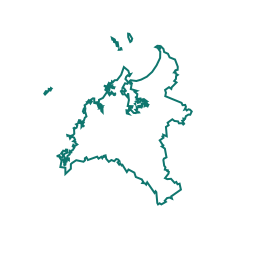 the district of Whangarei District, Northland, New Zealand, rotated 235°
{"feature_id": "76426892B88537535922351", "entity_name": "Whangarei District", "entity_type": "district", "adm_level": 2, "iso_a3": "NZL", "parent_name": "New Zealand", "parent_adm1": "Northland", "projection": "orthographic", "projection_center": [174.414, -35.694], "detail": "fine", "context": "isolated", "style": "outline", "palette": "teal", "viewbox_px": 256, "rotation_deg": 235, "n_neighbors": 0, "source": "geoboundaries", "source_scale": "gbopen_adm2", "svg_char_len": 5956}
<svg xmlns="http://www.w3.org/2000/svg" viewBox="0 0 256 256"><g transform="rotate(235 128 128)"><path d="M48.2,110.7L46.3,111.5L45.8,116.7L47.3,116.4L48.2,119.8L47.2,122.1L44.9,123.5L47.2,124.2L47.2,136.0L52.8,138.3L53.5,136.3L56.1,136.6L56.3,134.7L61.7,134.1L63.6,130.8L65.7,129.6L67.4,135.0L68.7,136.3L70.0,135.5L70.5,136.3L72.8,134.3L74.3,136.1L76.3,136.0L81.5,138.6L82.3,139.8L81.9,142.7L90.0,146.4L93.5,145.1L93.3,146.8L93.9,147.7L93.8,146.7L99.7,146.9L99.7,151.4L101.3,151.4L101.1,152.5L102.2,153.0L99.0,155.0L107.1,159.7L107.0,162.9L109.6,163.5L109.7,169.3L107.1,170.1L104.7,172.8L102.6,172.4L100.8,175.2L99.2,175.3L99.3,176.4L102.8,176.6L102.3,178.2L103.9,178.8L102.8,180.0L104.5,182.2L104.3,185.2L103.2,186.6L105.0,189.7L107.4,189.3L108.6,188.3L108.7,186.2L110.4,186.2L110.7,185.0L112.1,187.6L114.1,188.1L115.4,185.8L117.9,186.3L132.7,176.8L135.1,179.3L137.9,180.2L137.9,185.0L135.2,185.9L136.3,187.2L137.5,193.9L140.0,192.8L140.7,195.4L143.0,197.2L143.0,199.2L145.3,198.2L146.1,198.9L147.1,197.6L148.1,200.1L147.2,202.0L149.6,203.9L157.1,205.8L162.0,202.6L165.9,203.3L169.5,201.2L172.4,202.4L175.9,201.8L174.6,199.6L177.3,200.7L178.5,199.2L178.5,197.0L176.7,198.3L172.0,198.2L167.0,194.5L162.9,187.3L160.1,180.0L159.2,172.9L160.1,166.5L161.7,161.8L165.6,157.6L165.5,156.5L163.0,155.2L161.9,156.0L162.5,156.7L161.4,156.7L162.2,156.5L158.3,152.6L153.3,156.6L153.8,154.2L150.4,155.1L146.8,151.7L144.6,156.0L145.0,154.3L144.2,154.1L145.7,152.6L144.6,151.8L145.0,150.2L144.1,150.7L143.0,150.4L142.5,151.6L143.1,155.7L141.2,155.2L140.0,156.3L140.1,156.6L141.7,156.9L142.6,157.4L142.6,157.6L138.8,158.9L139.3,157.0L137.1,156.3L137.1,158.6L136.6,156.2L135.3,157.8L134.5,156.4L136.1,155.6L136.3,154.3L137.7,155.8L140.1,153.2L137.9,152.6L137.1,151.0L137.8,150.8L137.6,150.4L137.9,150.0L138.0,149.9L137.8,151.1L139.0,151.2L139.8,149.6L138.8,149.8L138.8,148.5L140.1,147.1L137.8,146.0L138.6,144.6L136.0,144.8L136.2,143.9L135.9,144.7L135.0,144.9L134.9,145.9L134.4,145.9L135.0,144.8L135.9,144.5L135.7,143.0L137.1,141.3L141.7,140.7L141.2,136.4L139.0,136.7L140.6,135.4L143.4,136.9L141.9,138.8L143.8,140.4L142.3,142.9L143.3,144.2L146.2,140.4L150.3,144.7L156.4,148.1L154.1,145.2L157.3,144.9L158.7,142.9L162.2,143.3L162.4,144.8L159.4,145.5L160.5,147.1L158.8,147.5L162.6,147.6L164.0,146.5L166.3,151.2L164.5,152.9L165.1,154.5L169.6,154.0L170.9,155.8L171.4,157.9L169.6,158.9L170.6,161.3L171.1,159.9L174.7,161.1L180.3,159.6L175.5,152.9L173.5,146.5L174.8,144.4L174.2,142.0L175.4,141.6L174.0,140.3L174.8,139.4L174.0,138.4L175.8,138.1L174.0,134.8L176.5,132.6L171.5,134.3L174.1,136.0L172.8,136.8L173.8,137.4L171.5,138.2L172.1,139.3L171.9,139.6L171.0,138.6L169.5,139.9L169.5,138.6L167.9,140.1L169.5,138.3L170.8,138.4L172.1,136.5L169.8,134.4L173.3,133.0L172.3,131.3L166.4,133.3L167.0,135.3L163.2,135.8L163.7,136.8L163.6,137.0L163.5,137.5L163.2,138.0L163.4,137.1L163.6,136.8L162.7,136.3L163.3,135.3L165.5,135.4L165.9,134.8L164.8,134.3L166.2,134.2L165.5,131.7L169.7,131.9L167.0,124.7L167.7,120.4L166.0,119.0L168.0,115.4L164.8,118.2L163.0,117.6L163.3,119.2L162.0,119.5L161.2,118.2L160.3,119.8L159.6,117.7L159.5,118.4L159.3,118.5L159.3,117.6L158.3,118.0L155.4,116.2L157.4,115.9L159.4,117.3L160.1,116.2L160.3,118.0L161.8,115.8L163.2,116.2L162.1,116.5L162.2,117.9L163.2,116.7L165.7,116.8L167.9,114.7L171.5,117.3L172.4,116.3L172.4,113.3L170.5,113.6L169.7,111.4L172.4,111.8L171.0,110.9L172.6,109.1L171.5,108.8L171.5,105.5L169.8,104.9L168.9,102.4L167.6,102.3L167.6,103.5L166.7,102.7L168.0,101.4L167.5,100.6L165.6,100.4L164.9,101.9L161.3,100.6L161.2,98.6L159.1,95.7L160.6,91.9L157.8,93.2L158.3,93.7L158.2,94.3L157.8,94.6L157.2,92.7L154.3,93.0L155.9,92.0L155.5,90.5L158.1,92.5L160.3,91.0L161.8,93.1L162.5,92.4L160.4,89.7L160.8,87.6L159.2,87.9L157.8,86.2L158.1,83.2L154.1,80.7L153.7,78.9L154.8,75.2L152.6,74.5L153.3,76.9L151.0,78.3L148.7,77.9L148.5,75.6L146.9,77.0L146.2,76.3L143.6,77.0L143.7,74.2L145.6,73.6L144.7,72.2L142.7,72.8L141.6,70.0L142.0,68.5L140.5,67.6L141.0,65.7L139.8,65.1L139.8,62.5L138.4,60.8L137.0,62.2L135.5,61.1L138.0,60.0L138.1,58.8L136.8,59.6L136.4,58.2L135.5,59.3L136.0,57.5L133.8,55.7L134.2,53.8L134.7,55.5L135.7,55.6L135.3,56.4L136.0,55.8L137.5,55.9L136.2,56.4L137.2,58.1L138.2,56.4L139.3,56.7L139.0,59.2L142.4,59.5L143.3,61.1L142.6,64.3L145.1,65.7L145.9,64.8L145.0,63.5L146.6,61.9L145.2,59.4L142.0,58.8L141.5,57.0L143.6,55.7L145.1,56.2L145.8,53.5L144.2,55.2L139.4,54.9L134.8,50.2L131.4,53.9L126.3,50.4L127.4,57.8L131.2,60.5L131.4,62.1L131.3,67.1L125.9,72.2L126.2,74.2L127.9,75.3L127.9,77.1L124.8,76.8L122.2,86.3L119.8,86.3L119.7,89.6L118.0,89.6L119.2,91.9L118.6,93.5L117.8,92.5L117.4,93.5L115.3,92.5L111.3,92.9L111.3,96.0L108.7,97.7L109.3,100.6L107.9,101.8L105.8,102.0L105.8,99.8L103.1,99.8L103.5,101.3L101.0,101.3L101.0,102.3L92.6,101.8L93.7,104.6L87.8,107.6L83.4,106.3L78.0,109.8L75.2,109.6L74.7,108.2L73.1,110.1L71.2,110.4L72.5,112.6L59.6,112.5L60.4,114.3L59.2,114.4L49.8,109.0L48.2,108.8L48.2,110.7ZM202.3,180.3L197.2,179.2L197.2,180.6L198.8,182.7L204.3,183.1L205.2,182.2L202.3,180.3ZM201.6,165.8L200.3,166.8L203.8,168.5L204.1,166.8L201.6,165.8ZM204.2,79.2L203.0,79.3L203.8,83.7L205.3,81.8L204.2,79.2ZM206.5,165.9L204.7,167.1L205.0,167.9L205.8,167.1L207.4,167.7L207.7,166.5L206.5,165.9ZM204.0,84.4L204.2,85.6L203.2,86.1L203.8,87.3L205.5,85.5L204.0,84.4ZM211.1,166.5L209.3,165.8L207.8,167.0L208.6,167.7L211.1,166.5ZM198.1,168.5L196.9,167.3L196.3,167.8L198.1,168.5ZM157.0,74.2L156.3,73.9L156.2,74.6L155.7,74.8L155.5,75.4L157.0,74.2ZM197.3,165.3L197.0,165.8L197.6,165.7L197.3,165.3ZM173.1,111.3L172.9,112.0L173.3,111.9L173.1,111.3ZM148.7,152.0L147.9,151.6L148.7,152.1L148.7,152.0ZM204.8,87.8L204.3,87.4L204.3,88.0L204.8,87.8ZM143.8,150.4L144.6,150.2L143.6,150.4L143.8,150.4ZM145.6,59.1L145.4,58.6L145.0,58.9L145.6,59.1ZM159.0,84.0L158.5,84.4L159.0,84.2L159.0,84.0ZM143.9,147.8L143.9,147.5L143.5,147.6L143.9,147.8ZM149.3,76.1L149.1,76.1L148.7,76.2L149.3,76.1ZM141.5,66.4L141.5,66.7L141.9,66.7L141.5,66.4Z" fill="none" stroke="#0f766e" stroke-width="2"/></g></svg>